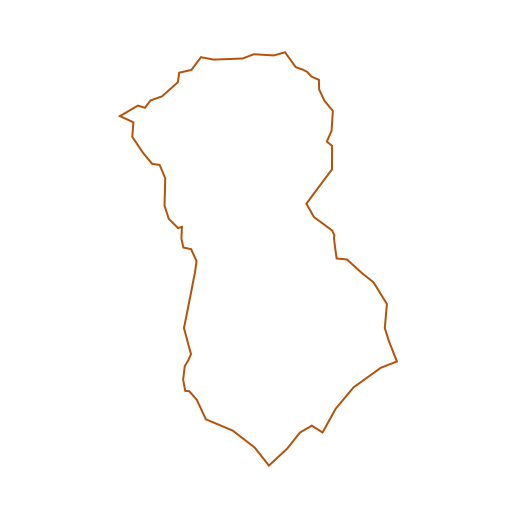 Arroyo, Puerto Rico (Robinson projection), rotated 8°
{"feature_id": "32010507B29338824934020", "entity_name": "Arroyo", "entity_type": "district", "adm_level": 2, "iso_a3": "PRI", "parent_name": "Puerto Rico", "parent_adm1": "", "projection": "robinson", "projection_center": [-66.058, 17.997], "detail": "fine", "context": "isolated", "style": "outline", "palette": "amber", "viewbox_px": 512, "rotation_deg": 8, "n_neighbors": 0, "source": "geoboundaries", "source_scale": "gbopen_adm2", "svg_char_len": 1360}
<svg xmlns="http://www.w3.org/2000/svg" viewBox="0 0 512 512"><g transform="rotate(8 256 256)"><path d="M204.7,399.4L208.7,399.2L213.5,403.3L217.4,406.7L220.1,410.9L222.5,414.5L226.8,421.2L226.9,421.3L228.6,423.9L229.0,424.7L249.6,430.1L252.1,430.8L257.2,432.1L260.4,434.0L261.7,434.7L261.9,434.8L281.4,445.9L290.4,454.5L296.2,460.1L297.9,461.8L310.6,446.2L313.5,442.7L315.4,439.5L324.1,424.7L334.3,416.7L334.8,416.2L345.1,420.9L346.5,421.5L347.7,418.3L356.2,396.1L369.2,375.2L370.7,372.7L395.0,349.4L410.2,340.8L399.8,322.4L393.6,309.5L392.3,285.3L382.4,273.4L376.0,265.7L363.1,258.1L346.6,246.8L336.2,247.2L333.2,236.8L330.7,227.3L330.8,224.8L327.8,220.1L308.0,209.4L298.6,197.2L303.8,187.7L317.7,162.3L319.2,159.7L316.0,136.4L310.2,132.8L313.4,121.7L311.9,101.7L302.1,92.6L295.3,82.2L293.8,72.8L286.1,70.7L281.1,66.6L277.0,65.1L269.0,63.4L256.4,50.2L245.7,54.9L225.8,56.5L215.2,62.3L186.8,67.4L173.8,66.8L166.2,80.7L154.4,85.2L154.5,94.7L140.7,111.0L129.9,116.6L125.4,124.7L118.1,123.5L101.8,136.4L116.0,140.7L116.9,155.2L129.4,169.2L140.3,179.2L147.9,179.2L155.3,191.7L158.4,218.9L164.5,231.4L175.0,239.2L178.6,237.5L179.7,249.1L182.9,257.7L190.8,258.3L197.8,269.2L197.9,278.1L197.8,282.4L197.4,288.2L196.8,300.7L194.7,337.4L205.3,362.3L203.6,368.3L200.8,375.0L201.0,385.4L201.0,388.4L204.7,399.4Z" fill="none" stroke="#b45309" stroke-width="2"/></g></svg>